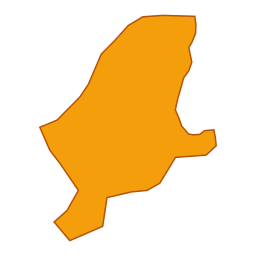 outline of Analiontas, Nicosia, Cyprus
{"feature_id": "46923920B57041091158148", "entity_name": "Analiontas", "entity_type": "district", "adm_level": 2, "iso_a3": "CYP", "parent_name": "Cyprus", "parent_adm1": "Nicosia", "projection": "mercator", "projection_center": [33.3, 35.009], "detail": "fine", "context": "isolated", "style": "filled", "palette": "amber", "viewbox_px": 256, "rotation_deg": 0, "n_neighbors": 0, "source": "geoboundaries", "source_scale": "gbopen_adm2", "svg_char_len": 620}
<svg xmlns="http://www.w3.org/2000/svg" viewBox="0 0 256 256"><path d="M194.8,16.3L162.7,15.4L142.7,16.8L128.4,25.4L114.1,41.2L101.3,54.1L88.4,84.2L79.8,97.1L57.0,120.1L39.8,127.3L49.8,150.2L59.8,163.2L78.4,190.4L67.0,210.5L54.1,222.0L69.8,240.6L102.7,226.3L107.0,197.6L131.3,191.9L147.0,190.4L159.8,183.2L175.5,157.4L206.1,155.1L216.2,145.7L215.4,137.8L213.9,129.9L204.6,130.6L199.7,134.4L193.3,134.8L188.5,134.0L181.7,126.1L179.1,118.6L175.3,109.9L177.6,99.4L180.2,90.4L183.6,78.0L188.8,70.8L191.8,62.2L188.8,47.5L191.8,42.6L195.6,33.2L195.9,24.2L194.8,16.3Z" fill="#f59e0b" stroke="#b45309" stroke-width="1.5"/></svg>